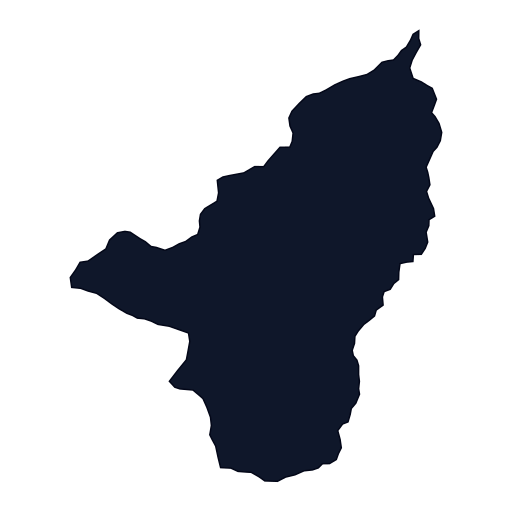 outline of Pedranópolis, São Paulo, Brazil
{"feature_id": "56859067B55609177592280", "entity_name": "Pedranópolis", "entity_type": "district", "adm_level": 2, "iso_a3": "BRA", "parent_name": "Brazil", "parent_adm1": "São Paulo", "projection": "mercator", "projection_center": [-50.105, -20.203], "detail": "fine", "context": "isolated", "style": "filled", "palette": "ink", "viewbox_px": 512, "rotation_deg": 0, "n_neighbors": 0, "source": "geoboundaries", "source_scale": "gbopen_adm2", "svg_char_len": 2217}
<svg xmlns="http://www.w3.org/2000/svg" viewBox="0 0 512 512"><path d="M418.8,30.7L413.1,34.3L410.6,40.0L406.4,47.1L401.5,50.5L398.0,55.4L393.5,60.0L387.9,60.8L382.0,62.3L374.2,70.1L367.0,74.5L358.9,76.6L349.7,78.7L343.2,81.1L335.1,84.7L325.9,90.1L319.3,93.3L313.2,94.0L306.3,96.6L299.3,103.4L292.0,111.2L288.9,118.0L290.0,126.0L293.1,133.0L292.2,141.4L289.8,147.2L280.0,147.3L268.2,160.7L263.7,166.7L254.7,166.6L243.8,172.9L229.3,175.6L222.9,177.0L217.3,180.3L218.6,192.9L217.0,201.2L204.8,208.6L200.5,214.3L199.4,220.9L200.0,227.1L197.7,234.5L191.8,237.0L185.7,241.5L179.2,243.8L172.8,247.4L165.0,250.3L156.2,247.4L151.0,246.5L145.3,241.7L140.0,238.7L130.2,232.2L124.9,231.4L117.4,232.8L109.6,240.0L105.9,248.9L97.8,254.3L88.0,261.1L80.1,262.3L75.7,269.9L70.3,277.5L71.7,287.4L80.7,288.3L88.0,291.0L96.6,293.3L103.7,297.9L112.1,304.1L118.8,308.6L126.9,313.3L132.5,315.4L137.3,318.1L144.5,318.8L151.2,321.1L158.0,324.4L169.1,326.2L188.5,333.0L189.8,341.4L187.6,353.5L186.4,359.8L177.6,370.6L169.4,381.3L174.8,387.2L180.0,388.9L192.9,390.0L198.2,394.4L203.0,398.6L206.9,407.3L210.5,417.2L211.4,425.5L209.8,434.8L212.3,439.8L215.7,446.1L218.1,457.4L220.6,467.6L230.9,468.1L238.0,471.4L245.9,472.0L251.2,472.3L258.9,476.7L264.8,480.9L277.5,481.3L285.5,477.1L295.0,474.8L304.0,470.8L312.5,469.9L318.3,467.9L322.5,463.7L329.5,463.6L336.3,459.5L338.4,453.6L341.3,447.8L340.1,439.5L337.7,430.6L342.6,424.0L348.0,421.9L350.2,414.4L351.3,408.5L355.8,403.2L359.5,394.2L358.6,388.7L359.4,381.4L358.6,374.6L358.6,365.8L356.9,360.1L353.3,355.7L352.2,350.3L354.5,343.4L354.9,336.3L358.1,331.2L363.8,324.4L369.0,320.5L374.5,316.0L376.2,310.1L383.1,305.1L382.4,296.9L384.1,291.6L390.2,289.3L393.8,283.5L398.6,279.6L398.8,272.2L400.0,263.6L406.7,262.1L412.9,261.5L413.4,254.5L421.3,254.3L425.2,248.4L427.7,242.1L426.1,232.2L428.8,225.7L429.0,219.7L434.7,216.2L433.5,208.6L428.6,198.2L426.5,191.4L429.9,184.8L428.8,177.6L427.7,172.3L426.1,167.2L428.5,161.8L433.1,151.4L436.9,147.3L440.3,140.7L441.7,132.4L439.0,123.4L435.0,116.6L431.5,112.7L434.2,105.6L436.5,99.2L432.2,88.3L427.2,85.6L421.3,81.9L413.1,78.4L409.7,68.0L412.2,60.0L416.2,52.5L420.6,44.8L418.7,38.5L418.8,30.7Z" fill="#0f172a" stroke="#020617" stroke-width="1.5"/></svg>